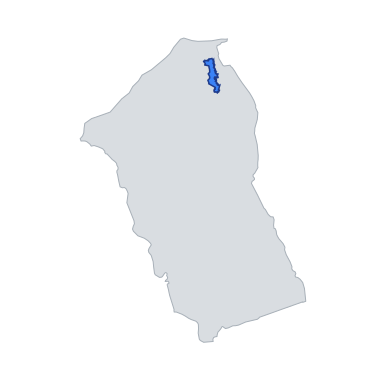 Wassa Amenfi West, Western, Ghana (highlighted), rotated 161°
{"feature_id": "2480657B13145859726554", "entity_name": "Wassa Amenfi West", "entity_type": "district", "adm_level": 2, "iso_a3": "GHA", "parent_name": "Ghana", "parent_adm1": "Western", "projection": "natural_earth1", "projection_center": [-2.483, 5.745], "detail": "fine", "context": "in_parent", "style": "filled", "palette": "blue", "viewbox_px": 384, "rotation_deg": 161, "n_neighbors": 0, "source": "geoboundaries", "source_scale": "gbopen_adm2", "svg_char_len": 6969}
<svg xmlns="http://www.w3.org/2000/svg" viewBox="0 0 384 384"><g transform="rotate(161 192 192)"><path d="M229.9,46.1L232.5,48.9L233.0,50.5L232.1,56.5L230.3,60.7L229.1,64.7L229.3,66.6L230.4,68.6L234.3,71.7L236.3,73.7L238.6,76.7L241.3,79.7L245.9,83.6L247.9,84.3L247.8,85.4L247.2,86.9L246.8,101.3L246.4,105.0L246.1,106.9L245.7,112.3L245.2,113.0L244.3,113.0L243.5,113.2L243.3,114.3L243.6,115.4L246.4,116.1L245.8,117.0L243.8,117.7L242.8,119.3L243.2,121.2L242.1,122.7L242.4,123.7L243.2,124.4L244.3,124.1L247.6,121.6L248.9,121.4L250.6,121.9L253.7,125.7L253.9,127.5L252.6,133.9L251.4,138.8L251.2,145.3L252.5,149.0L252.3,151.0L250.9,152.7L247.7,155.3L247.9,157.0L249.4,160.2L252.1,163.8L257.4,168.2L260.2,174.0L260.3,176.3L258.7,178.7L256.8,180.7L256.2,183.7L257.1,203.0L252.9,211.4L252.9,213.8L253.3,216.6L254.4,218.2L256.5,218.7L258.3,220.3L257.7,226.2L256.8,232.2L256.6,235.1L256.1,236.5L254.5,237.6L253.9,239.5L254.3,241.9L254.0,243.6L254.9,245.8L256.8,248.6L259.9,255.6L261.0,256.1L261.6,257.6L261.2,259.0L262.4,262.0L265.8,265.1L269.4,267.8L272.3,268.2L273.0,270.6L274.9,273.6L276.3,274.9L278.5,275.8L280.3,276.3L280.4,278.8L277.2,280.6L275.0,283.3L273.3,287.3L271.0,291.8L263.0,294.1L259.9,294.1L243.4,294.2L228.0,303.0L219.1,306.1L213.7,311.0L206.4,314.5L201.2,318.8L190.6,320.8L173.1,327.5L167.7,330.1L162.1,334.8L153.2,340.2L149.6,340.2L142.6,335.1L137.3,332.5L124.3,328.6L114.7,327.1L110.0,325.4L108.7,325.2L109.8,323.3L112.5,323.2L115.3,323.8L117.5,322.4L120.6,322.2L121.5,320.7L121.7,317.0L121.7,314.1L122.8,312.7L123.1,309.2L121.5,301.5L120.4,300.6L114.8,299.5L114.4,298.0L113.4,296.3L112.3,292.3L111.1,286.4L109.1,279.0L105.3,266.9L104.4,262.6L103.7,258.2L103.6,253.0L104.4,251.0L104.2,248.3L103.9,245.6L106.6,239.4L111.8,231.9L112.9,229.1L113.9,227.2L114.0,224.5L114.9,215.7L117.5,205.0L119.0,201.0L120.1,198.8L121.4,195.2L121.7,193.6L126.5,189.4L128.7,188.3L129.2,186.6L128.5,184.8L128.8,183.6L130.0,183.0L131.7,182.5L133.0,180.8L131.0,167.6L129.4,154.5L129.3,153.4L128.3,151.5L127.3,146.1L125.7,143.0L123.4,142.0L123.4,139.0L125.7,134.0L126.3,131.0L125.2,130.1L125.1,127.8L125.8,124.1L125.5,121.8L125.0,119.4L122.7,113.6L122.1,109.6L123.3,107.2L123.3,102.0L122.0,94.0L121.8,88.9L122.7,86.8L122.2,84.8L120.5,82.9L120.4,81.0L121.9,79.2L121.7,77.8L119.8,76.7L118.2,74.3L116.8,70.4L117.1,64.1L119.8,52.5L120.1,51.6L123.2,51.6L123.3,52.1L132.9,52.0L143.9,51.9L157.1,51.7L169.1,51.6L169.6,51.1L171.6,50.4L183.6,51.6L191.2,51.0L194.4,51.4L196.8,52.2L202.0,51.7L204.8,52.0L206.9,54.9L207.7,54.8L208.9,53.6L211.0,52.2L213.1,51.1L214.6,48.9L215.5,47.2L216.9,47.5L218.9,47.4L220.2,46.0L220.7,43.8L229.9,46.1Z" fill="#d9dde1" stroke="#a8b0b8" stroke-width="1"/><path d="M128.5,310.2L128.8,310.0L129.0,310.2L129.3,310.0L129.4,310.6L129.7,311.2L129.6,311.7L129.9,311.8L130.8,311.9L131.5,311.9L132.0,311.9L132.2,312.1L132.4,312.0L132.7,311.8L132.9,311.9L132.9,312.1L133.1,312.0L133.2,311.9L133.3,312.0L133.5,311.9L133.3,311.8L133.5,311.5L133.4,311.1L133.7,310.8L134.1,310.7L134.4,310.9L134.6,311.0L134.8,311.2L134.9,311.3L135.0,311.3L135.3,311.4L135.3,311.5L135.5,311.6L136.0,311.6L136.2,311.8L136.3,311.7L136.7,311.9L136.8,311.9L136.9,311.7L137.0,311.7L137.1,311.8L137.3,311.8L137.4,311.7L137.5,311.7L137.5,311.8L137.6,311.7L137.8,311.7L138.0,311.8L138.1,311.7L138.1,311.8L138.3,311.9L138.5,311.8L138.5,311.7L138.4,311.7L138.3,311.4L138.2,311.4L138.2,311.2L138.0,310.6L138.1,310.4L138.0,310.2L137.9,309.8L137.8,309.6L137.7,309.0L137.7,308.9L137.8,308.3L137.8,308.2L138.1,308.0L138.4,308.1L138.5,307.9L135.2,305.9L135.0,305.4L135.3,304.5L135.5,302.2L136.2,299.6L138.2,298.4L137.7,295.8L138.0,294.8L138.0,294.2L138.8,293.4L140.6,292.5L140.5,289.4L140.9,288.9L136.0,283.4L136.2,283.1L136.3,283.1L136.4,282.9L136.5,282.8L136.4,282.7L136.6,282.6L136.7,282.4L136.7,282.2L136.7,281.8L136.7,281.7L136.8,281.7L137.0,281.7L137.1,281.4L137.1,281.5L137.3,281.5L137.2,281.5L137.3,281.5L137.5,281.6L137.6,281.4L137.8,281.3L137.8,281.2L137.9,280.9L138.1,280.9L138.1,280.7L138.1,280.2L138.3,280.0L138.3,279.9L138.2,279.8L138.3,279.8L138.3,279.7L138.3,279.4L138.2,279.3L138.2,279.2L137.9,279.2L137.6,279.1L137.3,278.8L136.9,278.9L136.7,278.9L136.5,278.6L136.2,278.3L135.9,278.0L135.9,277.9L136.0,277.8L136.0,277.7L135.7,277.4L135.5,277.6L135.3,277.9L135.3,278.0L135.2,278.1L135.3,278.3L135.2,278.4L135.0,278.0L134.8,277.9L134.6,277.9L134.4,277.9L134.3,278.0L134.2,278.0L134.0,278.4L134.0,278.5L133.6,278.7L133.4,278.7L133.0,279.1L132.9,279.3L133.0,279.4L133.0,279.5L133.3,279.8L133.5,279.8L133.7,280.0L133.3,280.3L133.3,280.5L133.1,280.5L133.0,280.8L132.8,281.0L132.2,282.1L131.8,282.8L131.6,283.0L131.3,283.3L131.3,283.6L131.1,283.6L131.0,283.8L130.9,284.0L131.3,283.9L131.6,283.9L131.7,284.0L131.9,284.6L132.0,284.4L132.4,284.4L132.7,284.5L132.6,285.1L133.0,285.3L132.8,285.5L133.1,285.9L133.1,286.0L133.2,286.4L133.0,286.5L133.4,286.8L133.1,287.0L132.9,286.9L132.9,287.2L132.9,287.4L132.9,287.5L133.3,287.8L133.3,288.2L133.5,288.5L133.8,289.0L133.4,289.1L133.3,288.9L133.1,289.0L133.1,289.3L132.8,289.2L132.7,289.2L132.6,289.4L132.5,289.9L132.4,290.3L132.4,290.6L132.5,290.7L132.8,290.6L132.7,290.8L132.5,291.1L132.9,291.2L133.0,291.0L133.3,291.0L133.6,291.1L133.8,291.1L133.9,291.3L133.8,291.7L133.9,291.9L133.9,292.1L133.6,292.3L133.5,292.2L133.3,291.8L133.2,291.8L133.2,292.2L133.3,292.3L133.3,292.5L133.1,292.5L133.3,292.7L133.4,292.8L133.0,293.0L133.0,293.3L132.9,293.3L132.7,293.2L132.3,293.0L132.1,292.9L132.1,292.7L132.3,292.5L131.9,292.5L131.8,292.4L131.7,292.4L131.7,292.5L131.4,292.5L131.2,292.5L130.7,292.1L130.6,291.8L130.5,291.7L130.4,291.8L130.1,291.8L130.1,292.2L130.0,292.3L130.0,292.5L130.4,292.6L130.2,292.8L130.2,293.1L130.4,293.6L130.1,294.1L129.6,294.3L129.6,294.5L129.4,294.5L129.3,294.8L129.0,295.2L129.0,295.3L129.3,295.3L129.5,295.3L129.6,295.2L129.6,294.9L129.8,295.0L130.0,295.0L130.4,295.3L130.6,295.8L130.5,296.0L130.5,296.3L130.8,296.5L131.0,296.5L130.9,296.7L130.9,296.8L131.2,297.3L131.1,297.5L130.9,297.6L130.7,297.5L130.5,297.3L130.4,297.3L130.3,297.5L130.3,297.9L130.6,297.7L130.7,297.9L130.7,298.0L130.4,298.0L130.2,298.3L130.3,298.4L130.3,298.5L130.0,298.5L130.2,298.8L130.8,298.6L131.0,298.8L131.0,299.2L131.1,299.3L131.1,299.5L130.9,299.6L130.7,299.4L130.3,299.3L130.2,299.5L130.3,300.1L130.3,300.3L130.1,300.2L130.0,300.4L130.2,300.7L130.4,300.9L130.5,301.1L130.5,301.3L130.6,301.6L130.5,301.9L130.4,301.9L130.5,302.1L130.8,302.1L130.9,302.3L130.7,302.3L130.6,302.5L130.5,303.0L130.5,303.3L130.4,303.4L130.3,303.2L130.2,303.2L130.2,303.3L130.5,303.6L130.4,304.1L130.1,304.1L130.0,303.9L129.9,304.0L129.6,304.0L129.5,304.3L129.3,304.5L129.4,304.9L129.2,304.9L129.1,305.1L129.3,305.3L129.3,305.5L129.5,305.4L130.0,305.3L130.1,305.5L130.0,305.9L129.9,306.2L130.0,306.5L130.1,306.8L129.9,306.8L129.6,306.8L129.4,306.8L129.2,307.1L129.3,307.5L129.5,307.6L129.5,307.8L129.1,307.7L129.1,307.9L129.2,308.0L129.1,308.5L128.8,308.5L128.9,309.0L128.8,309.3L128.5,309.6L128.6,309.9L128.5,310.2Z" fill="#3b82f6" stroke="#1e3a8a" stroke-width="1.5"/></g></svg>